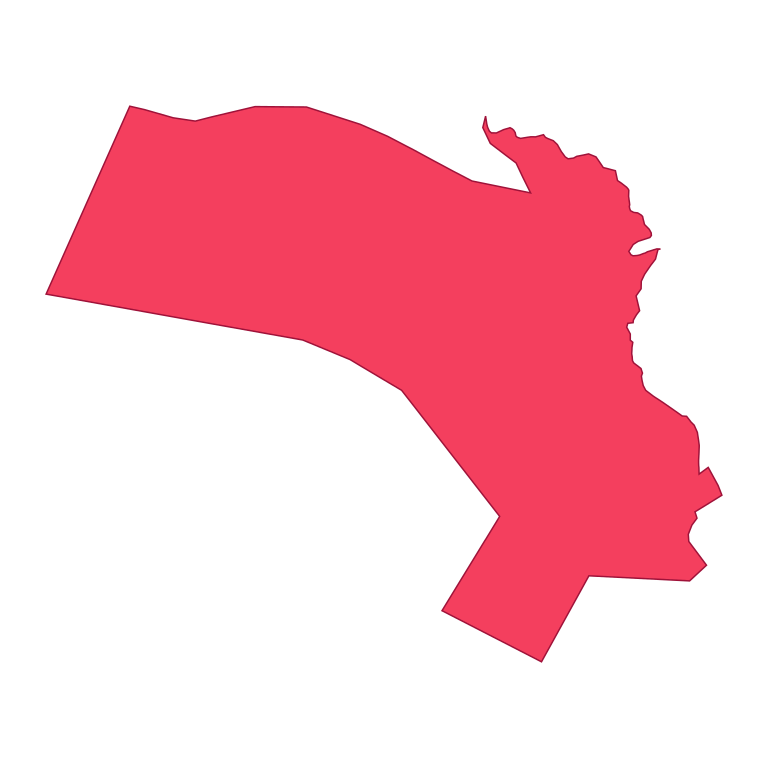 Badr, Al Buhayrah, Egypt
{"feature_id": "37247803B14038420995681", "entity_name": "Badr", "entity_type": "district", "adm_level": 2, "iso_a3": "EGY", "parent_name": "Egypt", "parent_adm1": "Al Buhayrah", "projection": "albers", "projection_center": [30.722, 30.547], "detail": "fine", "context": "isolated", "style": "filled", "palette": "rose", "viewbox_px": 768, "rotation_deg": 0, "n_neighbors": 0, "source": "geoboundaries", "source_scale": "gbopen_adm2", "svg_char_len": 3178}
<svg xmlns="http://www.w3.org/2000/svg" viewBox="0 0 768 768"><path d="M46.1,294.1L213.0,324.0L302.7,340.0L350.1,359.6L360.4,365.8L365.8,369.0L383.4,379.5L401.6,390.3L412.0,403.6L446.1,447.5L471.7,480.4L472.7,481.7L473.0,482.1L499.7,516.4L485.5,539.7L485.0,540.4L442.0,610.7L541.5,661.8L588.9,575.8L689.6,580.9L706.5,565.2L692.6,546.6L691.9,545.7L688.8,541.5L688.3,534.3L691.9,525.1L697.0,518.2L695.0,511.8L709.8,502.7L721.9,495.2L718.1,485.5L708.5,467.9L708.2,467.4L699.1,474.1L698.9,467.5L698.7,465.6L698.6,462.6L698.6,460.3L698.7,458.4L698.8,456.3L698.8,456.1L698.9,454.6L699.0,452.4L699.1,449.1L699.2,447.1L699.2,445.2L698.6,440.5L697.7,434.7L697.4,432.5L696.5,430.4L695.2,427.5L694.2,425.2L692.5,423.5L690.9,421.9L689.0,419.4L686.6,416.3L682.2,416.0L673.3,409.7L663.4,402.8L658.6,399.6L656.4,398.2L654.7,397.1L653.1,396.0L651.4,394.7L649.2,393.0L647.6,391.8L645.7,390.3L644.7,388.4L643.2,385.5L642.8,383.7L642.0,380.1L641.4,376.1L642.5,373.1L642.2,372.3L641.8,371.1L641.0,368.5L639.3,367.2L637.4,365.7L637.1,365.5L636.0,364.7L633.7,362.9L632.5,360.7L632.3,358.6L632.2,356.8L631.9,355.0L631.7,353.7L631.9,350.4L632.0,347.4L632.8,342.3L630.3,340.2L630.3,334.0L626.7,327.2L627.8,323.3L633.1,322.7L633.4,320.1L634.3,318.5L635.1,317.1L636.4,314.9L637.6,313.3L639.6,310.7L638.4,305.6L636.1,295.9L641.1,288.8L641.3,281.2L644.1,275.3L644.7,274.1L649.7,266.8L650.9,265.1L653.4,261.9L655.5,259.1L656.9,253.6L658.0,249.5L660.5,249.0L656.8,248.9L655.2,249.4L653.4,249.9L652.9,250.1L649.3,251.2L647.6,251.7L646.8,252.1L645.3,253.0L643.5,253.5L639.6,255.0L637.1,255.5L633.0,255.8L630.9,254.7L630.0,253.2L628.8,251.4L630.3,249.1L630.7,248.5L631.5,247.2L633.2,244.5L635.8,242.8L638.2,241.3L641.0,240.4L647.5,238.3L649.9,237.5L651.4,235.5L651.2,232.9L649.7,230.1L649.0,229.0L646.7,226.7L644.5,224.5L643.7,221.2L643.2,219.3L642.6,216.5L641.3,215.1L639.5,214.0L639.2,213.8L637.7,212.9L633.7,212.4L630.5,210.7L629.7,208.6L629.3,206.5L629.7,204.8L629.4,202.1L629.0,199.5L628.9,198.5L628.6,196.4L628.7,193.4L628.8,190.3L628.3,189.2L626.6,187.2L624.4,185.5L623.9,185.1L622.7,184.2L621.6,183.3L620.0,182.2L619.9,182.2L619.7,182.0L618.6,181.3L617.5,180.5L615.4,170.7L611.2,169.6L608.2,168.8L606.7,168.4L603.3,167.6L599.6,162.1L596.0,156.9L588.6,153.9L583.6,155.0L580.0,155.7L579.6,155.8L576.8,156.3L573.5,158.1L570.2,158.5L568.1,158.8L565.2,156.9L563.2,154.1L561.4,151.7L558.6,146.8L557.4,144.6L555.4,142.7L553.3,140.7L550.5,139.6L547.7,138.5L545.4,137.3L543.5,134.7L539.8,135.7L538.1,136.2L537.6,136.3L535.4,136.9L533.4,136.8L530.9,136.8L527.3,137.3L523.7,137.9L520.6,138.4L517.3,137.3L515.9,136.0L515.2,132.6L513.7,130.2L512.1,128.8L510.0,127.7L509.2,128.0L508.2,128.3L505.7,129.0L503.4,129.7L501.1,130.8L499.3,131.6L496.3,133.0L494.1,132.9L491.4,132.9L489.4,131.2L488.3,128.8L487.6,127.2L486.8,124.0L486.5,122.0L486.0,118.7L485.9,118.2L485.6,116.1L482.8,127.6L490.3,143.4L506.0,155.4L516.1,163.0L522.9,177.4L530.6,192.9L472.0,181.0L452.8,171.0L442.2,165.3L434.3,161.1L412.0,149.0L407.1,146.5L387.6,136.3L360.2,124.3L322.6,112.2L306.4,107.0L276.6,106.8L255.1,106.6L211.3,117.0L195.3,121.1L173.2,117.8L144.5,109.6L129.8,106.2L46.1,294.1Z" fill="#f43f5e" stroke="#9f1239" stroke-width="1.5"/></svg>